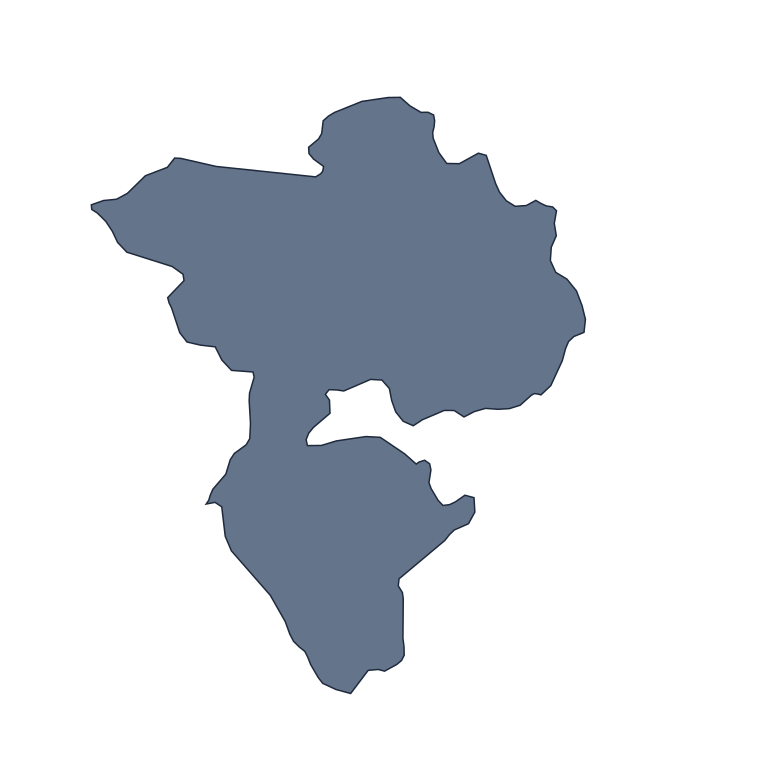 an SVG outline of Bauchi, rotated 161°
{"feature_id": "NGA-2858", "entity_name": "Bauchi", "entity_type": "State", "adm_level": 1, "iso_a3": "NGA", "parent_name": "Nigeria", "parent_adm1": "", "projection": "albers", "projection_center": [9.972, 11.0], "detail": "fine", "context": "isolated", "style": "filled", "palette": "slate", "viewbox_px": 768, "rotation_deg": 161, "n_neighbors": 0, "source": "natural_earth", "source_scale": "10m", "svg_char_len": 2283}
<svg xmlns="http://www.w3.org/2000/svg" viewBox="0 0 768 768"><g transform="rotate(161 384 384)"><path d="M589.5,648.8L576.8,645.8L564.6,647.8L541.8,658.6L518.3,659.4L508.4,665.8L502.7,663.5L471.8,644.3L381.2,602.1L375.4,603.4L372.7,605.1L370.3,609.4L377.4,619.6L379.9,626.3L378.2,632.4L366.1,637.0L361.4,641.1L355.8,652.7L349.2,655.4L342.1,656.9L312.8,658.4L286.7,653.5L275.2,649.7L268.9,638.5L260.6,628.8L253.9,626.6L249.5,622.2L250.4,616.4L252.9,610.9L256.1,605.9L257.5,600.3L256.8,584.9L252.9,572.1L241.1,567.8L219.6,571.5L212.9,566.9L213.2,537.0L212.3,527.8L208.7,517.4L202.1,509.3L191.3,506.4L180.7,508.2L176.8,503.6L172.5,499.5L166.9,496.5L164.5,491.6L170.7,480.4L172.8,468.1L181.3,458.9L186.5,446.6L185.3,433.7L176.9,423.6L171.7,409.3L171.2,393.6L172.5,379.5L178.1,367.7L189.0,367.1L195.6,364.1L200.6,358.6L207.9,347.9L226.8,328.2L239.1,322.6L241.8,324.4L245.0,326.0L248.4,325.4L262.2,319.6L273.5,319.9L284.5,323.0L296.0,327.9L307.7,328.5L319.1,326.8L326.3,336.1L335.6,339.4L359.3,337.7L369.9,335.0L378.0,342.5L382.0,353.8L382.1,365.9L380.4,378.0L384.7,388.4L395.2,392.7L424.3,390.5L430.7,393.8L437.8,396.5L442.8,393.3L440.8,386.5L444.6,373.9L464.9,365.9L471.2,362.0L475.7,356.8L476.5,350.7L463.3,346.3L447.6,345.7L418.2,340.2L404.9,334.8L387.2,311.2L379.6,297.8L376.4,298.8L370.4,298.7L366.8,293.7L367.6,287.5L373.6,276.1L373.5,269.7L370.7,256.3L367.8,250.0L361.5,248.6L354.9,249.3L343.7,252.5L335.9,247.2L339.8,233.3L349.6,224.4L365.1,223.1L371.3,220.2L377.3,216.3L433.2,194.9L436.2,188.5L434.5,180.8L435.7,174.7L448.9,137.4L450.6,129.1L453.2,121.0L457.4,116.9L463.1,114.7L476.9,112.3L482.5,116.0L492.2,118.4L516.3,102.2L528.9,110.8L539.4,120.9L541.8,128.0L544.7,142.8L545.0,150.3L545.9,156.9L549.7,162.9L553.3,170.1L554.5,178.2L554.7,191.3L560.3,221.2L582.6,275.9L583.7,291.7L577.4,320.7L582.3,327.1L591.2,328.4L587.5,331.2L584.5,335.4L580.1,340.2L562.9,350.3L554.1,362.4L548.1,367.1L534.1,371.4L528.7,376.1L523.1,390.1L516.9,412.2L514.1,419.2L504.5,432.8L504.0,438.0L523.7,446.5L529.5,459.4L531.5,474.1L544.7,480.4L556.6,487.8L560.4,499.0L560.1,525.1L560.8,530.7L560.4,536.1L539.4,546.9L538.3,553.2L546.0,564.0L584.2,592.3L589.8,604.6L591.1,616.7L594.1,628.3L599.4,639.0L603.5,644.2L602.4,648.7L589.5,648.8Z" fill="#64748b" stroke="#1e293b" stroke-width="1.5"/></g></svg>